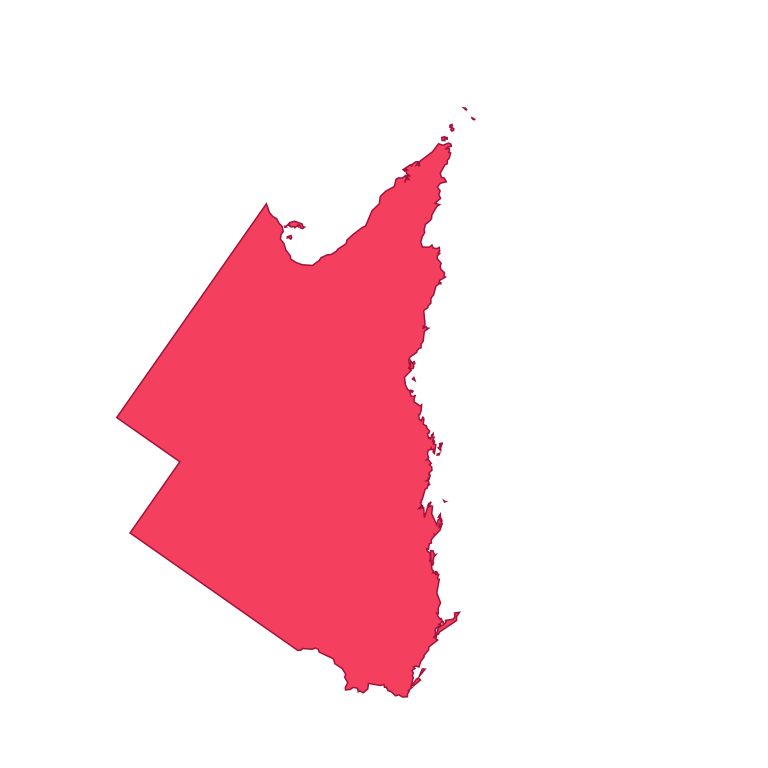 an SVG outline of Queensland, rotated 35°
{"feature_id": "AUS-2657", "entity_name": "Queensland", "entity_type": "State", "adm_level": 1, "iso_a3": "AUS", "parent_name": "Australia", "parent_adm1": "", "projection": "mercator", "projection_center": [147.106, -19.205], "detail": "fine", "context": "isolated", "style": "filled", "palette": "rose", "viewbox_px": 768, "rotation_deg": 35, "n_neighbors": 0, "source": "natural_earth", "source_scale": "10m", "svg_char_len": 6196}
<svg xmlns="http://www.w3.org/2000/svg" viewBox="0 0 768 768"><g transform="rotate(35 384 384)"><path d="M184.3,303.8L191.9,309.3L197.0,310.6L201.2,310.2L205.9,312.6L210.2,313.3L214.1,317.0L213.9,320.6L216.2,324.8L221.3,326.2L226.5,330.4L233.8,332.8L235.7,335.1L241.9,335.0L248.7,333.2L257.4,327.9L260.1,319.8L260.0,316.6L263.5,310.7L266.5,308.1L268.9,302.5L268.8,300.1L272.5,290.9L271.1,287.4L272.7,279.9L276.3,268.5L278.3,265.1L274.8,248.9L276.8,239.1L273.4,232.6L274.9,224.8L279.2,216.3L276.4,209.3L277.6,206.9L280.8,204.9L282.2,200.9L284.0,202.3L285.5,207.3L284.6,203.3L287.3,202.2L282.5,200.6L286.4,198.8L281.9,198.6L279.2,196.6L280.5,195.3L278.3,195.2L278.3,197.3L279.4,197.7L276.6,197.6L279.8,189.5L282.2,189.6L280.7,188.9L282.7,183.6L284.8,182.2L285.0,186.2L286.1,184.4L287.6,185.3L287.9,184.5L285.9,182.8L285.7,180.7L290.5,166.0L290.9,155.9L295.4,154.6L298.6,149.7L301.2,149.1L302.9,150.7L300.3,153.3L299.9,155.8L302.2,153.7L304.0,155.5L304.2,157.3L306.1,156.5L307.9,161.7L307.6,164.5L309.5,167.2L308.2,169.7L309.2,179.1L312.5,181.7L315.4,180.8L319.1,182.6L315.0,187.3L314.7,192.0L319.2,193.6L320.3,197.5L323.9,199.5L322.0,206.6L326.7,205.3L325.5,207.6L325.7,211.7L326.3,218.4L327.9,220.7L328.1,223.5L326.4,229.5L328.4,234.7L330.4,236.5L330.9,241.7L332.8,246.8L336.9,249.7L342.6,246.0L343.6,242.7L346.2,244.4L349.7,242.7L350.9,240.4L353.4,243.1L353.3,245.8L354.7,245.1L354.2,248.5L355.8,250.8L361.6,252.4L362.7,255.6L364.9,257.5L369.8,258.2L371.2,261.2L373.0,261.1L370.2,267.1L371.0,269.3L372.4,268.4L373.1,269.3L371.5,270.6L370.4,274.0L373.5,282.6L373.2,286.7L376.0,290.9L375.3,294.7L376.1,296.3L374.4,301.1L382.7,310.7L384.1,313.0L383.1,314.0L384.0,315.8L385.7,312.9L386.7,313.6L388.6,312.7L386.8,317.7L391.6,326.6L391.5,330.0L393.6,333.1L392.5,334.5L391.9,337.5L392.7,339.3L389.9,346.8L390.1,349.4L392.4,352.5L394.5,353.3L395.2,356.9L398.5,357.3L396.9,366.7L401.7,372.1L406.6,375.0L409.0,374.8L413.0,378.4L415.7,377.0L416.1,374.9L417.0,378.7L418.9,381.3L426.3,381.3L427.0,380.4L426.3,378.6L429.8,384.7L430.9,388.8L430.0,389.3L433.0,392.6L435.6,392.8L434.8,388.9L436.6,389.5L439.3,394.5L443.0,394.0L444.5,395.6L448.3,396.4L449.0,398.3L448.0,399.6L451.5,402.8L453.1,402.4L452.0,401.8L453.4,400.9L452.6,399.0L454.6,399.6L455.5,398.8L456.8,403.2L457.8,401.8L458.7,402.4L458.7,404.8L461.2,403.9L465.2,412.0L463.5,411.8L461.9,409.2L460.6,410.3L459.2,409.4L459.8,411.0L458.1,413.0L460.2,417.0L462.8,418.6L462.4,421.7L463.6,420.4L468.3,422.0L467.5,424.1L470.7,424.6L472.8,427.2L471.9,430.8L472.9,432.5L473.4,431.8L474.4,432.5L475.1,435.1L474.2,435.7L475.6,436.4L474.3,438.8L475.8,438.0L477.0,438.6L477.9,440.8L479.3,439.5L478.2,442.3L479.1,444.8L478.0,446.5L481.6,456.7L481.0,457.5L482.5,459.1L481.9,460.2L484.7,461.9L483.9,466.1L487.7,462.8L493.7,470.3L490.6,460.6L492.0,457.2L493.9,456.3L497.5,462.9L508.2,469.3L506.2,464.2L507.1,461.3L508.9,461.9L508.5,463.2L509.6,464.0L509.9,462.3L510.6,464.6L511.9,465.1L511.1,466.8L509.8,466.8L511.3,469.8L512.4,467.1L513.7,471.7L512.7,478.1L511.4,478.3L512.4,479.2L512.1,484.6L514.1,487.1L512.7,488.8L515.2,493.8L513.4,494.4L515.3,496.1L518.5,496.0L521.4,499.0L523.0,502.7L525.3,503.2L529.5,508.3L532.0,508.8L532.3,510.7L533.1,509.4L536.0,510.9L534.0,508.0L534.7,507.5L537.0,508.6L536.7,509.8L538.2,508.8L539.0,512.2L540.5,513.0L541.3,512.2L547.0,524.8L555.9,530.9L556.9,536.4L560.2,540.9L558.5,541.4L561.8,543.5L564.8,544.4L565.2,543.3L567.3,544.5L567.8,548.2L566.2,549.9L568.6,548.8L568.7,550.5L567.1,552.3L566.6,555.5L570.1,559.8L570.1,563.9L571.1,559.6L572.7,562.9L574.8,563.0L571.5,573.9L573.1,576.1L572.4,583.4L573.4,584.5L573.3,590.4L575.0,595.8L571.7,596.7L570.5,599.1L572.6,599.2L571.2,602.5L573.9,604.0L574.5,606.5L576.5,607.9L579.9,616.9L581.0,616.4L579.8,621.2L580.8,621.0L581.1,624.6L582.6,626.8L578.7,629.8L574.5,630.1L572.3,632.8L566.1,631.9L563.2,632.9L559.7,631.0L558.4,632.2L556.4,630.2L553.8,633.1L543.0,638.2L545.6,643.0L544.2,648.8L540.3,649.3L539.4,650.9L536.8,648.4L532.7,650.3L531.6,653.5L527.9,656.7L526.3,654.6L525.6,649.4L519.8,646.7L519.4,643.9L512.9,641.0L504.1,641.3L500.2,638.1L484.9,640.8L482.1,639.0L479.3,639.5L477.5,642.3L469.2,647.3L468.5,649.8L466.1,651.7L261.4,651.7L261.4,564.8L184.3,564.8L184.3,303.8ZM579.1,536.1L571.7,555.3L572.1,557.9L571.0,559.0L568.2,552.9L571.3,545.7L571.3,543.4L569.9,542.4L575.4,537.2L575.7,533.9L573.1,531.2L576.8,527.7L576.9,532.9L579.1,536.1ZM228.9,301.1L228.2,303.4L225.7,304.1L224.2,302.2L222.5,303.1L223.5,304.2L222.2,304.2L221.4,307.1L220.2,306.5L217.8,308.7L215.8,308.6L214.6,307.0L214.7,308.9L213.7,309.5L214.2,305.8L217.4,301.9L225.0,299.9L227.8,301.7L228.9,301.1ZM524.1,497.1L525.8,501.1L523.7,501.9L517.7,493.8L520.0,492.6L523.2,495.1L524.3,493.8L524.1,497.1ZM398.5,352.8L398.9,354.4L397.8,356.0L395.5,355.6L394.9,353.2L392.3,349.6L395.4,350.5L395.7,348.4L397.5,349.4L396.9,351.3L398.5,352.8ZM580.7,604.9L583.7,605.5L581.3,614.4L579.9,614.5L579.8,607.8L580.7,604.9ZM580.6,603.8L578.8,595.4L581.2,594.0L580.6,603.8ZM292.0,146.5L294.3,149.7L291.9,151.2L289.9,148.9L292.0,146.5ZM224.5,317.1L224.6,318.8L221.9,318.8L220.9,319.9L220.4,318.8L222.7,315.7L224.5,317.1ZM294.6,134.7L295.6,136.3L294.5,137.9L292.7,137.4L292.6,135.1L294.6,134.7ZM468.6,406.0L465.0,405.2L466.4,401.5L466.9,403.6L468.6,406.0ZM291.9,133.2L291.9,134.8L290.7,135.9L289.6,134.2L290.7,132.4L291.9,133.2ZM302.5,115.4L307.2,115.1L305.4,116.2L302.5,115.4ZM490.4,453.5L490.7,456.8L489.7,458.6L489.2,456.3L490.4,453.5ZM504.8,458.3L506.8,460.8L504.9,461.9L504.8,458.3ZM465.9,398.5L464.9,402.2L463.8,401.1L465.9,398.5ZM292.4,111.3L294.3,111.8L294.2,112.5L290.9,112.1L292.4,111.3ZM404.7,361.5L407.4,363.4L404.4,363.6L404.7,361.5ZM411.9,373.2L412.1,374.5L410.9,374.8L409.8,373.7L411.9,373.2ZM293.8,146.2L294.6,146.0L295.4,147.1L294.1,147.8L293.8,146.2ZM526.8,501.1L528.0,504.8L526.6,502.6L526.8,501.1ZM485.5,461.8L486.5,462.5L485.4,464.6L485.1,463.0L485.5,461.8ZM469.3,408.8L469.8,410.5L468.2,411.8L467.8,411.0L469.3,408.8ZM452.7,396.4L453.5,397.5L453.2,398.6L452.7,398.5L452.7,396.4ZM500.0,445.2L501.3,445.2L502.0,444.8L501.3,446.0L500.0,445.2ZM212.3,311.4L213.4,311.1L214.1,311.4L212.8,312.4L212.3,311.4ZM568.4,544.3L569.7,545.7L569.4,546.0L568.4,544.3Z" fill="#f43f5e" stroke="#9f1239" stroke-width="1.5"/></g></svg>